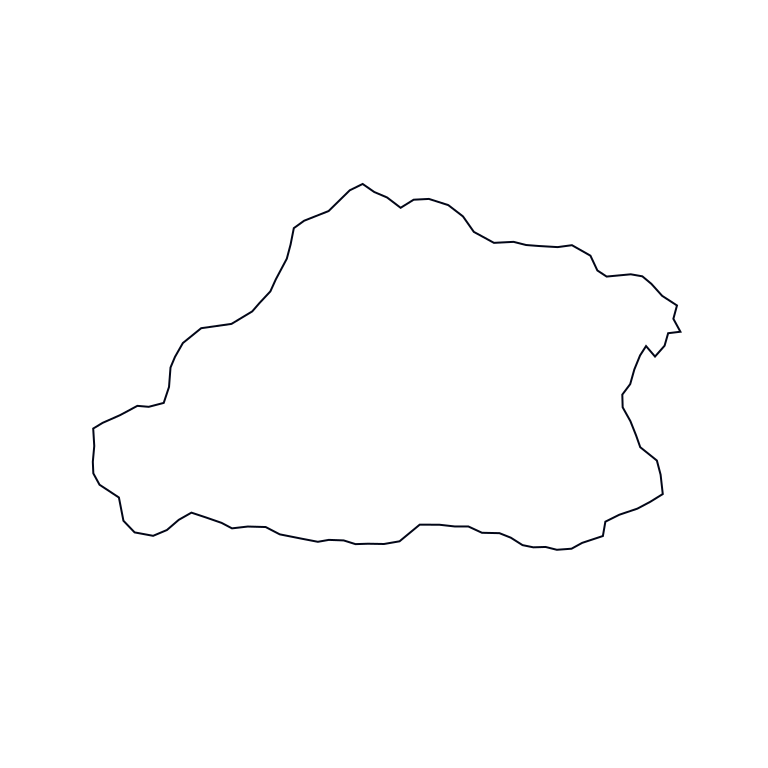 São João do Pau d'Alho, São Paulo, Brazil, rotated 78°
{"feature_id": "56859067B53554548592147", "entity_name": "São João do Pau d'Alho", "entity_type": "district", "adm_level": 2, "iso_a3": "BRA", "parent_name": "Brazil", "parent_adm1": "São Paulo", "projection": "albers", "projection_center": [-51.671, -21.228], "detail": "fine", "context": "isolated", "style": "outline", "palette": "ink", "viewbox_px": 768, "rotation_deg": 78, "n_neighbors": 0, "source": "geoboundaries", "source_scale": "gbopen_adm2", "svg_char_len": 1431}
<svg xmlns="http://www.w3.org/2000/svg" viewBox="0 0 768 768"><g transform="rotate(78 384 384)"><path d="M368.1,81.1L355.6,93.6L341.7,101.6L332.4,108.9L328.0,119.8L325.2,143.9L317.3,151.7L301.4,155.4L287.3,171.3L286.2,185.7L281.2,203.9L277.6,216.1L271.9,227.7L268.8,247.1L253.9,264.5L236.5,271.9L222.4,283.9L212.3,301.6L209.9,316.7L215.1,331.1L202.2,342.2L194.2,353.6L183.9,363.3L187.4,377.2L203.3,402.2L207.7,428.2L212.8,439.8L228.2,446.4L241.2,453.0L259.2,468.1L269.8,475.9L278.8,488.8L285.6,497.8L293.5,520.7L291.4,551.2L302.1,572.2L314.0,582.8L323.5,589.4L342.2,594.9L356.7,603.4L357.4,618.9L354.1,629.8L359.6,648.7L363.5,667.3L367.1,677.7L384.4,680.3L399.6,685.0L411.0,686.9L423.4,683.2L439.9,666.9L463.6,667.3L477.3,658.8L484.5,641.4L481.7,626.7L474.2,613.0L469.8,599.1L477.7,585.6L486.1,571.7L493.6,562.7L495.1,546.9L499.3,529.5L509.4,517.2L518.4,496.2L524.6,481.5L525.0,470.4L528.6,456.0L534.7,445.2L536.9,432.9L540.5,417.3L541.1,401.5L529.0,378.3L533.2,359.0L538.1,344.3L540.9,331.1L549.9,319.1L553.9,302.1L560.7,291.9L570.4,282.0L574.8,271.9L577.0,259.8L582.1,249.4L584.1,234.8L580.6,223.2L578.2,201.5L564.7,196.1L560.8,181.0L558.6,162.1L554.6,148.1L549.6,134.2L530.2,132.3L515.6,133.0L499.1,146.5L486.8,148.1L471.6,150.7L456.4,155.4L443.9,153.1L435.3,143.2L421.8,136.1L409.3,127.6L401.4,119.8L413.5,113.2L404.9,101.6L393.4,95.5L394.5,83.2L380.4,87.4L368.1,81.1Z" fill="none" stroke="#020617" stroke-width="2"/></g></svg>